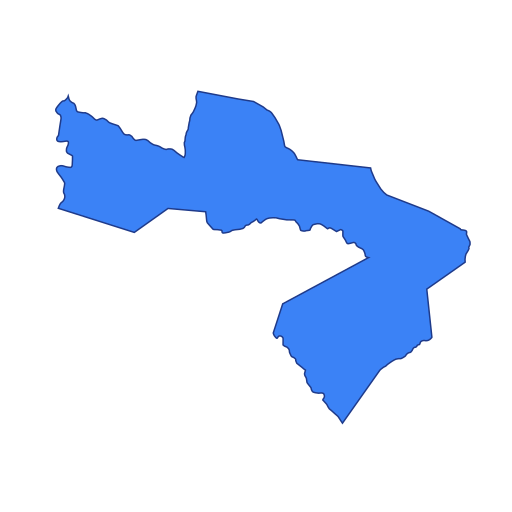 Tambla, Lempira, Honduras (Robinson projection), rotated 185°
{"feature_id": "27666195B79169869428311", "entity_name": "Tambla", "entity_type": "district", "adm_level": 2, "iso_a3": "HND", "parent_name": "Honduras", "parent_adm1": "Lempira", "projection": "robinson", "projection_center": [-88.75, 14.234], "detail": "fine", "context": "isolated", "style": "filled", "palette": "blue", "viewbox_px": 512, "rotation_deg": 185, "n_neighbors": 0, "source": "geoboundaries", "source_scale": "gbopen_adm2", "svg_char_len": 6088}
<svg xmlns="http://www.w3.org/2000/svg" viewBox="0 0 512 512"><g transform="rotate(185 256 256)"><path d="M287.8,410.9L328.2,415.0L329.3,411.0L329.6,409.5L329.4,407.6L328.8,405.4L328.5,403.7L328.9,400.5L329.6,398.0L331.0,394.1L331.9,392.5L333.1,390.7L333.8,387.7L333.8,385.3L334.2,382.9L334.6,378.3L334.6,376.3L335.7,373.9L336.2,372.3L336.2,371.0L336.7,369.1L336.8,367.7L336.8,364.3L337.3,362.7L337.0,360.3L336.3,358.1L335.7,355.5L335.4,352.6L335.4,350.5L335.6,349.6L336.2,347.9L337.0,348.1L340.6,350.0L343.7,351.8L346.8,354.0L348.7,355.0L350.0,355.2L352.2,355.1L353.2,354.9L354.4,354.4L354.9,354.3L356.8,354.6L358.7,355.2L361.3,356.5L362.7,357.0L364.4,357.4L366.8,357.7L368.2,358.1L371.2,359.6L373.9,361.6L375.8,362.4L376.9,362.5L378.8,362.4L381.4,361.8L385.1,360.8L385.8,360.7L386.4,360.8L386.9,361.1L388.2,362.1L389.2,363.2L390.1,364.3L392.0,365.4L393.1,365.7L394.7,365.4L396.2,365.4L397.3,365.6L398.1,366.0L399.5,367.4L402.4,371.3L404.2,373.3L404.6,373.7L406.0,374.1L410.7,375.2L413.5,376.0L414.6,376.6L415.9,377.7L416.8,378.4L419.2,379.5L420.5,379.8L421.2,379.8L423.4,379.0L425.9,377.7L426.5,377.5L427.0,377.5L428.6,378.2L430.9,380.1L432.2,381.0L435.0,382.6L436.1,383.1L438.5,383.8L440.7,383.6L442.7,383.7L445.1,383.9L446.3,384.1L447.0,384.6L447.6,385.5L448.6,388.8L449.2,390.3L449.9,391.3L450.8,392.2L453.0,393.0L454.9,394.4L455.5,395.2L455.9,395.9L457.0,399.0L457.3,397.8L457.8,396.8L459.5,394.7L460.5,393.9L461.8,393.6L462.3,393.4L463.3,392.4L464.4,391.1L466.1,388.7L467.4,386.6L468.1,385.1L468.2,384.3L468.1,383.5L467.9,382.9L466.4,381.1L465.5,380.4L463.9,379.8L463.2,379.3L462.6,378.1L462.2,376.6L462.2,375.4L462.7,368.4L463.2,359.8L463.3,358.8L464.2,357.5L464.6,356.4L464.7,355.2L464.5,354.2L464.1,353.6L463.5,353.1L462.8,352.9L461.9,352.8L460.3,352.8L458.6,353.1L454.8,354.0L453.6,353.9L453.1,353.6L452.8,353.1L452.7,351.5L453.0,349.9L453.8,347.8L454.1,346.5L454.1,344.9L453.9,343.6L453.3,342.7L452.6,342.0L448.1,340.1L447.7,339.8L447.5,339.5L447.2,335.7L447.0,330.5L447.2,329.3L447.7,328.5L448.4,328.1L450.7,328.1L453.0,328.3L456.3,329.0L458.2,329.0L459.8,328.5L461.1,327.9L461.9,327.0L462.2,326.5L462.3,325.9L462.4,325.2L462.2,324.4L461.9,323.4L461.4,322.5L460.0,320.8L457.3,317.9L455.9,316.2L453.3,312.7L453.1,312.2L452.9,311.5L453.0,309.0L453.4,305.3L453.4,303.7L453.1,302.2L452.2,300.8L451.9,299.9L451.6,298.4L451.7,297.1L452.1,295.6L452.8,294.2L453.4,293.4L455.0,291.8L455.7,290.6L456.4,288.8L457.1,286.3L379.3,268.9L347.8,295.7L310.0,295.7L309.3,292.7L308.5,288.4L308.1,286.4L307.7,285.5L307.4,284.9L306.0,283.5L301.1,278.9L300.2,278.7L296.6,278.9L292.9,278.7L292.5,278.5L292.1,278.1L291.9,276.9L291.6,276.4L291.2,276.1L290.7,276.0L288.6,276.4L285.2,277.4L283.8,278.1L282.1,279.4L281.2,279.7L279.2,280.3L274.5,281.2L271.4,282.3L270.1,283.5L269.3,285.1L268.9,285.5L267.9,286.0L266.6,286.2L265.8,286.7L265.1,287.2L264.2,288.4L263.2,289.2L261.5,290.3L259.9,291.7L259.0,292.7L258.7,292.9L258.0,292.4L257.1,291.0L256.3,290.1L255.2,289.4L254.2,289.3L253.7,289.5L252.6,290.7L250.4,292.7L248.8,293.9L247.4,294.5L246.0,295.0L242.4,295.6L239.3,295.8L235.9,295.2L228.6,294.7L221.8,295.2L220.5,295.1L220.1,294.9L219.2,293.6L217.2,291.9L215.8,290.2L215.3,289.5L214.2,286.5L213.7,285.5L213.2,285.3L212.2,285.1L210.7,285.0L209.4,285.1L208.3,285.6L206.2,286.0L204.7,286.4L204.4,286.8L204.2,288.0L203.6,289.4L202.7,291.2L202.0,292.0L201.5,292.3L200.1,292.8L197.8,293.5L196.7,293.6L194.9,293.6L193.1,292.9L191.3,292.0L187.2,289.4L186.9,289.4L186.2,290.0L185.1,290.5L184.5,290.5L183.1,290.0L177.9,287.4L174.0,289.7L173.3,289.6L172.3,289.1L171.7,288.6L171.6,288.4L171.3,284.3L171.0,283.0L168.4,279.7L167.1,277.5L166.3,276.5L165.7,276.3L165.1,276.3L163.1,276.9L160.1,278.0L159.3,278.0L158.5,277.7L157.7,277.1L157.0,275.5L156.3,274.8L154.7,273.8L151.2,272.5L149.7,271.6L149.2,270.9L148.4,269.5L147.6,267.7L147.1,265.8L146.9,265.4L146.4,265.0L145.7,264.7L144.8,264.3L143.8,264.2L225.2,210.7L232.1,180.8L231.5,179.3L230.8,178.2L229.3,176.6L228.3,175.9L227.9,175.9L227.6,176.1L227.1,177.1L226.7,177.7L226.2,178.2L225.6,178.4L224.8,178.5L223.9,178.3L223.1,177.9L222.4,177.3L222.0,176.7L221.8,176.1L221.3,169.8L220.5,169.2L219.7,168.7L217.2,167.9L216.3,167.2L215.5,166.5L215.0,165.8L214.6,165.0L214.3,163.3L214.0,162.5L212.4,159.7L211.9,159.1L211.5,158.8L209.4,158.1L207.8,157.0L207.4,156.4L207.3,155.3L207.0,154.6L206.0,152.7L200.5,149.1L198.3,147.5L196.8,146.7L196.8,146.4L197.4,143.1L197.3,142.4L196.8,141.0L195.7,139.5L195.1,138.3L194.2,134.6L194.0,134.2L192.6,132.6L190.0,129.9L189.7,129.4L189.1,127.6L188.2,126.2L187.8,125.8L187.1,125.4L185.2,125.0L181.7,124.8L179.4,125.2L178.5,125.3L177.3,125.1L176.6,124.7L176.2,124.1L175.9,123.5L175.7,122.7L175.6,121.9L175.8,120.8L176.7,119.2L176.9,118.4L172.7,114.5L172.2,113.8L170.8,111.6L169.6,110.1L167.4,108.6L163.7,105.8L161.2,104.0L160.2,103.2L157.4,99.6L155.3,97.0L122.8,152.8L122.1,153.7L121.4,154.4L119.3,156.3L117.2,157.6L115.6,159.4L113.4,161.3L111.2,163.1L109.2,164.5L107.7,165.4L106.0,165.9L104.8,166.2L103.2,166.3L102.3,166.6L101.0,167.4L99.1,168.8L98.4,169.5L97.6,171.0L96.6,172.1L95.5,172.9L94.0,173.4L93.3,173.9L92.3,175.4L91.4,177.6L90.8,178.3L90.2,178.8L89.3,179.0L88.8,179.2L88.0,180.0L87.6,181.1L86.5,181.7L85.4,182.1L85.0,183.3L84.6,184.7L84.0,185.4L83.0,186.0L81.8,186.4L80.9,186.5L79.5,186.4L78.3,186.6L77.3,186.9L76.4,187.4L75.6,188.0L74.9,188.7L74.0,189.8L73.7,190.4L83.0,237.9L47.1,268.1L47.5,270.9L47.4,274.0L47.0,276.2L45.1,280.1L44.5,281.8L44.5,282.3L44.8,283.0L44.8,283.4L43.8,286.0L43.9,287.7L44.2,289.1L45.9,291.8L48.1,295.6L48.3,296.2L48.2,297.4L48.3,298.6L48.6,299.1L49.2,299.5L49.8,299.7L51.3,299.9L54.0,300.0L54.5,300.3L54.9,300.9L87.9,315.7L131.1,328.2L134.3,330.5L137.5,333.6L143.2,341.1L144.5,343.1L148.4,350.5L149.0,352.0L149.5,353.7L222.8,355.5L223.5,356.3L224.6,358.3L226.3,360.9L227.0,361.8L228.1,362.8L229.6,364.0L231.6,365.2L232.9,365.8L235.2,366.6L236.3,367.2L236.7,367.5L237.2,368.6L238.3,372.7L241.9,383.2L244.0,387.8L244.7,389.1L249.1,395.4L252.2,399.1L253.2,400.2L254.5,401.1L255.6,401.7L257.8,402.4L261.8,405.1L271.9,409.7L287.8,410.9Z" fill="#3b82f6" stroke="#1e3a8a" stroke-width="1.5"/></g></svg>